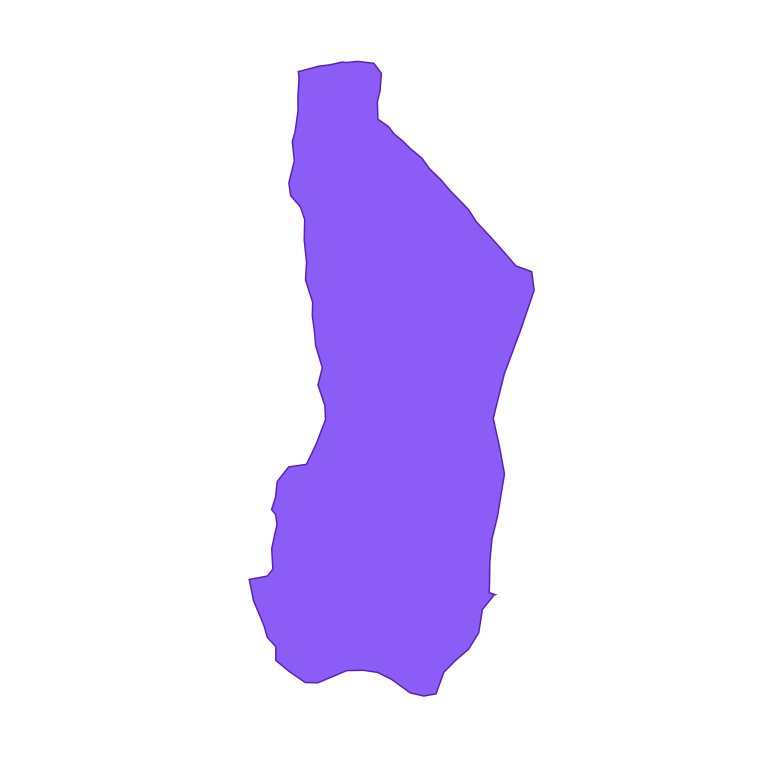 outline of Arsos Larnakas, Cyprus, rotated 14°
{"feature_id": "46923920B32733260957571", "entity_name": "Arsos Larnakas", "entity_type": "district", "adm_level": 2, "iso_a3": "CYP", "parent_name": "Cyprus", "parent_adm1": "", "projection": "natural_earth1", "projection_center": [33.634, 35.079], "detail": "fine", "context": "isolated", "style": "filled", "palette": "violet", "viewbox_px": 768, "rotation_deg": 14, "n_neighbors": 0, "source": "geoboundaries", "source_scale": "gbopen_adm2", "svg_char_len": 1541}
<svg xmlns="http://www.w3.org/2000/svg" viewBox="0 0 768 768"><g transform="rotate(14 384 384)"><path d="M225.3,101.5L227.8,108.6L230.7,124.9L234.4,139.2L236.7,160.5L236.4,171.0L243.0,189.1L243.0,211.9L247.9,223.9L260.0,232.3L267.2,243.4L271.8,263.8L279.5,284.8L282.7,302.1L295.0,321.9L297.9,335.0L304.5,351.7L308.3,363.1L320.2,383.1L320.2,400.9L331.8,419.1L335.9,432.8L332.7,458.8L328.2,480.7L311.6,487.5L304.0,504.4L306.2,520.4L305.3,533.1L310.4,536.8L314.2,546.4L314.4,557.4L314.9,570.8L318.1,581.5L321.0,590.5L317.3,598.6L316.8,598.8L307.9,602.9L300.5,606.2L304.3,614.2L309.8,625.7L317.9,636.6L326.3,648.0L332.0,658.0L342.6,665.0L345.9,678.4L361.9,686.0L379.9,692.7L392.0,690.0L405.7,679.7L417.2,671.1L433.2,666.8L447.6,665.4L462.9,668.8L484.2,677.4L498.2,677.1L505.7,673.7L509.4,672.1L511.5,652.0L511.9,649.0L520.0,635.3L530.3,620.7L536.1,602.5L534.0,578.9L539.3,567.7L540.4,565.3L541.6,562.6L541.9,561.9L542.7,561.5L536.8,561.0L536.6,561.0L534.1,549.6L531.6,539.1L529.7,530.9L528.1,520.6L526.2,507.8L526.2,487.3L526.2,485.9L522.7,442.6L522.7,442.3L512.3,419.2L498.3,390.9L498.3,355.8L498.3,344.8L500.8,323.0L501.7,314.5L503.5,298.8L507.0,256.9L500.2,239.3L483.4,237.5L466.4,225.5L451.5,215.4L434.3,204.3L423.7,194.2L401.7,180.6L390.1,172.3L376.3,164.3L366.1,155.7L353.1,149.5L343.2,143.6L333.6,139.1L325.9,133.1L314.0,128.5L309.3,111.7L309.2,100.1L306.3,83.2L304.2,81.5L301.5,79.3L296.5,75.3L280.3,77.4L270.0,81.1L265.5,81.8L254.2,87.4L243.7,91.5L226.2,101.2L225.3,101.5Z" fill="#8b5cf6" stroke="#5b21b6" stroke-width="1.5"/></g></svg>